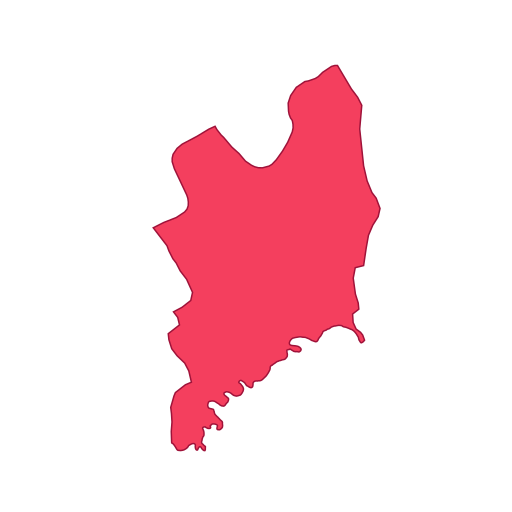 Kim Jong Suk, Ryanggang, North Korea (orthographic projection), rotated 142°
{"feature_id": "82179303B38572973441712", "entity_name": "Kim Jong Suk", "entity_type": "district", "adm_level": 2, "iso_a3": "PRK", "parent_name": "North Korea", "parent_adm1": "Ryanggang", "projection": "orthographic", "projection_center": [127.758, 41.268], "detail": "fine", "context": "isolated", "style": "filled", "palette": "rose", "viewbox_px": 512, "rotation_deg": 142, "n_neighbors": 0, "source": "geoboundaries", "source_scale": "gbopen_adm2", "svg_char_len": 6161}
<svg xmlns="http://www.w3.org/2000/svg" viewBox="0 0 512 512"><g transform="rotate(142 256 256)"><path d="M74.5,356.0L76.6,357.6L79.8,358.9L90.4,359.7L96.6,359.0L100.1,359.4L106.9,361.7L110.1,363.4L120.4,364.1L129.9,361.1L136.5,356.7L141.2,350.1L142.7,347.2L143.8,343.6L144.0,340.4L145.7,337.1L147.9,334.1L151.1,331.4L161.0,326.1L170.6,322.3L180.8,319.3L187.0,318.4L190.3,318.8L196.6,321.5L199.8,324.1L202.1,327.1L203.7,330.3L205.9,337.2L206.3,347.1L208.0,356.8L208.5,369.5L209.0,372.8L209.0,379.8L208.4,383.4L215.1,385.0L228.6,386.6L245.4,389.6L251.9,389.4L258.7,387.2L261.8,384.7L264.0,381.9L266.6,375.0L273.0,346.7L274.2,343.4L276.1,340.2L278.5,337.3L281.5,335.4L285.2,334.6L295.2,335.4L308.0,339.2L319.6,341.5L319.8,318.9L321.5,313.6L323.2,304.9L323.2,299.6L324.9,290.9L325.0,280.4L328.4,266.4L334.8,261.1L345.9,261.1L355.4,262.8L355.5,255.8L358.7,248.8L373.0,248.8L376.2,243.6L379.5,234.8L379.6,226.0L378.1,215.5L379.7,206.8L384.6,196.3L390.9,198.0L403.6,198.0L406.8,196.2L416.4,189.2L419.6,183.9L424.4,176.9L430.8,169.9L437.2,161.1L437.5,160.5L437.0,159.3L436.9,157.9L437.0,155.7L437.4,152.6L437.4,151.9L437.3,151.3L437.0,150.8L435.2,149.1L433.8,148.3L432.2,147.6L430.4,147.3L429.0,147.2L427.4,147.4L425.7,148.1L425.2,148.0L423.0,147.7L422.2,147.5L421.5,147.2L420.5,146.5L420.3,146.3L420.0,145.8L420.0,145.1L420.0,144.7L420.7,143.7L421.0,143.5L422.0,142.0L422.3,141.0L422.4,140.6L422.4,140.2L422.3,139.8L422.1,139.5L421.9,139.3L421.6,139.2L421.3,139.2L420.3,139.8L418.8,140.4L417.9,140.4L417.7,140.3L417.3,139.9L417.2,139.5L417.1,139.2L417.1,138.8L417.3,138.0L417.3,136.7L417.0,135.2L416.7,134.6L416.5,134.4L416.0,134.1L415.5,134.4L415.1,134.7L414.7,135.1L414.4,135.6L413.4,136.7L413.2,137.0L413.2,137.4L413.4,137.7L413.6,138.6L413.7,139.5L413.7,140.1L414.0,141.5L413.9,142.0L413.8,142.3L413.6,142.7L412.8,143.5L411.9,144.1L411.0,145.0L409.1,146.2L408.4,146.3L407.7,146.6L407.1,147.1L406.0,148.5L405.3,149.6L405.1,150.2L404.8,150.7L404.6,151.5L404.4,152.3L404.3,152.8L403.9,153.3L403.6,153.5L403.3,153.6L402.5,153.4L401.3,152.7L401.1,152.3L401.1,152.1L400.9,151.4L400.3,150.2L400.0,149.7L399.2,149.0L398.6,148.6L398.0,148.5L397.6,148.6L397.2,149.0L397.1,149.3L396.9,149.9L396.8,150.3L396.6,150.4L396.0,150.3L395.3,150.6L394.4,150.6L393.7,150.4L393.3,150.2L392.1,149.1L391.7,148.7L391.2,147.9L390.8,147.2L390.7,146.5L390.7,146.2L390.9,146.0L391.4,145.5L392.0,145.1L393.1,144.0L393.3,143.5L393.2,142.9L393.0,142.7L392.0,141.7L391.4,141.4L390.5,141.3L389.0,141.4L388.0,141.7L387.1,142.5L386.5,143.2L385.8,144.4L384.9,145.5L384.6,146.5L384.7,147.1L385.1,149.3L385.1,150.4L385.3,151.6L385.3,152.6L385.5,153.2L385.7,155.2L385.8,156.3L385.7,157.0L385.5,157.5L385.2,158.4L384.8,159.0L384.6,159.8L384.1,160.9L384.1,161.2L384.1,161.5L384.4,162.0L384.9,162.6L385.4,163.3L386.0,164.0L386.6,164.9L386.8,165.2L386.8,165.8L386.7,166.6L386.2,167.8L386.0,168.0L385.2,168.9L383.4,170.1L383.0,170.1L382.2,170.1L381.5,169.7L380.3,169.1L379.3,168.4L378.4,167.4L377.8,166.4L377.1,164.2L376.4,162.5L376.2,161.0L375.9,160.5L375.7,159.8L375.3,159.0L375.0,158.7L374.2,157.9L373.9,157.6L373.1,157.4L372.0,157.5L371.3,157.7L370.6,158.0L370.0,158.1L368.2,158.3L366.8,159.1L366.2,159.6L365.6,160.2L365.4,161.1L365.8,162.9L365.9,163.7L366.3,164.9L366.4,165.8L366.4,166.2L366.4,166.5L366.2,166.9L365.8,167.5L365.5,167.7L365.2,167.8L364.2,167.6L363.3,167.4L363.0,167.3L362.5,166.9L361.6,165.9L361.3,165.4L361.0,165.1L360.3,163.5L360.2,163.0L360.1,162.7L360.0,162.1L359.8,161.3L359.5,160.1L358.4,158.5L357.6,157.6L356.4,157.0L354.1,156.1L353.6,156.1L352.8,156.2L351.4,156.6L349.4,157.5L348.2,158.4L347.8,158.9L347.5,159.3L347.3,159.9L347.0,160.9L346.9,161.3L346.9,161.7L346.9,164.8L347.5,166.7L347.4,167.0L347.0,167.4L346.5,167.6L345.6,167.7L344.6,167.4L344.3,167.1L343.2,164.1L343.1,163.5L343.0,162.8L343.2,159.7L343.1,159.4L342.7,158.7L342.1,157.0L341.6,156.0L341.4,155.7L341.1,155.4L340.8,155.2L340.4,155.0L339.6,155.0L339.1,155.1L337.7,156.3L337.1,157.1L336.4,157.8L336.0,158.0L335.0,158.2L334.1,158.1L333.6,157.9L332.3,157.1L332.0,156.7L331.6,156.5L330.9,156.2L329.9,155.4L329.3,155.1L328.8,154.9L327.4,154.7L326.9,154.7L322.0,155.2L320.9,155.5L318.2,156.4L315.3,157.7L314.5,158.3L313.9,158.9L313.6,159.3L313.3,159.7L312.2,160.2L311.1,160.3L310.6,160.0L309.1,160.1L307.0,159.9L304.7,159.9L303.3,159.4L302.3,159.2L300.9,158.5L299.5,158.1L298.3,157.5L297.2,157.0L296.8,156.9L296.4,156.9L295.5,157.0L293.6,157.5L293.2,157.7L292.6,158.3L292.0,158.9L291.6,159.7L291.3,160.0L291.2,160.5L290.7,161.3L290.5,161.6L290.3,161.9L290.1,162.3L289.8,162.6L289.3,162.8L288.2,162.4L287.5,161.9L286.6,161.8L286.4,161.5L286.2,161.3L285.9,160.2L285.3,158.7L285.1,158.0L284.8,157.4L283.5,156.0L282.6,155.5L281.7,154.4L281.5,154.2L280.9,153.8L280.1,153.8L279.3,153.8L278.3,154.3L278.0,154.6L277.6,155.6L277.8,157.2L278.4,158.7L279.2,159.8L280.3,161.0L282.5,163.1L283.3,164.0L283.8,164.9L283.9,165.4L283.8,166.0L283.6,166.5L283.0,167.2L282.1,167.8L281.2,168.2L279.7,168.6L278.7,168.7L277.6,168.6L275.3,167.6L271.8,165.7L270.9,165.1L270.0,164.2L269.7,163.8L269.3,163.4L268.3,162.5L267.2,161.5L265.2,158.1L264.9,157.4L264.0,155.0L263.6,154.5L262.0,151.9L261.2,151.4L260.8,151.2L259.8,151.3L258.7,151.7L257.7,152.3L256.0,152.8L254.3,153.1L251.6,154.2L251.1,154.4L250.1,155.0L249.7,155.2L249.2,155.2L248.1,155.0L246.4,154.4L245.9,154.4L244.9,154.4L244.1,154.1L243.6,153.8L242.7,153.6L240.4,153.6L237.9,152.8L237.2,152.5L236.9,152.2L236.3,151.9L233.9,150.7L233.0,150.0L231.5,148.6L231.1,147.6L231.0,147.1L230.3,145.9L229.4,145.0L228.4,143.5L228.2,143.1L227.5,142.0L227.1,141.2L226.9,140.8L226.7,140.3L226.4,140.0L226.2,139.6L225.7,138.8L225.1,136.8L224.9,134.9L224.9,132.9L225.1,131.2L225.3,129.3L225.4,128.9L226.2,127.2L226.5,126.4L226.7,124.6L226.8,123.6L226.7,123.1L226.6,122.9L226.3,122.7L226.0,122.6L225.3,122.5L224.7,122.4L223.2,122.6L222.3,122.8L220.6,128.0L220.6,131.5L222.1,136.8L220.4,143.8L215.6,150.8L207.7,150.8L204.4,156.0L201.1,164.8L193.0,178.7L185.0,185.7L177.1,182.2L164.3,194.4L154.6,203.1L145.0,208.4L135.5,211.8L129.0,217.1L125.7,227.6L125.6,234.6L122.2,246.8L115.7,260.8L96.1,292.2L79.9,309.6L78.2,318.4L78.0,328.9L74.5,356.0Z" fill="#f43f5e" stroke="#9f1239" stroke-width="1.5"/></g></svg>